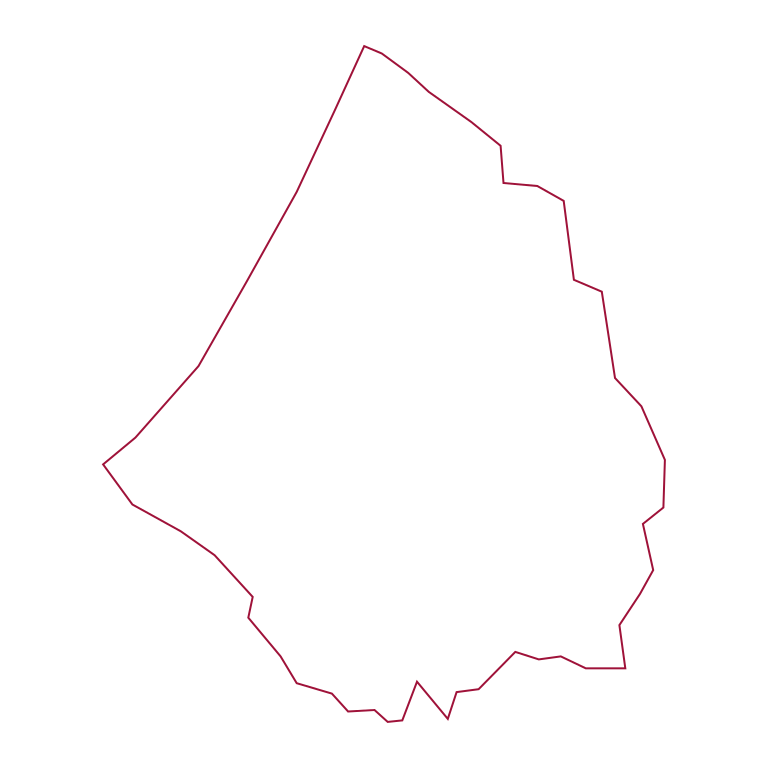 the district of Kazivera, Cyprus
{"feature_id": "46923920B14139084564412", "entity_name": "Kazivera", "entity_type": "district", "adm_level": 2, "iso_a3": "CYP", "parent_name": "Cyprus", "parent_adm1": "", "projection": "natural_earth1", "projection_center": [32.913, 35.174], "detail": "fine", "context": "isolated", "style": "outline", "palette": "rose", "viewbox_px": 768, "rotation_deg": 0, "n_neighbors": 0, "source": "geoboundaries", "source_scale": "gbopen_adm2", "svg_char_len": 711}
<svg xmlns="http://www.w3.org/2000/svg" viewBox="0 0 768 768"><path d="M348.1,711.5L374.5,710.0L387.7,721.9L402.3,720.4L417.0,681.7L447.8,718.9L456.6,692.1L478.6,689.2L497.7,669.8L515.3,651.9L538.8,659.4L560.8,656.4L585.7,668.3L625.3,668.3L619.4,625.1L640.0,593.9L653.2,570.1L642.9,523.9L663.4,507.5L664.9,459.9L641.4,406.3L615.0,378.0L609.1,339.3L601.8,291.7L573.9,279.8L563.7,200.9L537.3,186.0L503.5,183.0L500.6,145.8L471.3,122.0L428.8,91.9L408.2,72.9L381.8,53.5L364.2,46.1L334.9,110.1L296.7,191.9L246.9,281.2L198.5,366.1L135.4,437.6L103.1,464.4L132.4,504.5L180.8,531.3L214.6,555.2L252.7,596.9L248.3,617.7L280.6,656.4L296.7,683.2L331.9,693.6L348.1,711.5Z" fill="none" stroke="#9f1239" stroke-width="2"/></svg>